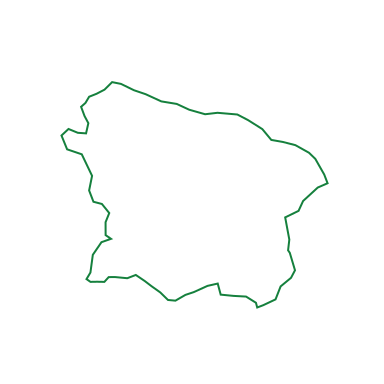 Trachypedoula, Paphos, Cyprus (Natural Earth projection), rotated 249°
{"feature_id": "46923920B82818287753128", "entity_name": "Trachypedoula", "entity_type": "district", "adm_level": 2, "iso_a3": "CYP", "parent_name": "Cyprus", "parent_adm1": "Paphos", "projection": "natural_earth1", "projection_center": [32.677, 34.797], "detail": "fine", "context": "isolated", "style": "outline", "palette": "green", "viewbox_px": 384, "rotation_deg": 249, "n_neighbors": 0, "source": "geoboundaries", "source_scale": "gbopen_adm2", "svg_char_len": 1069}
<svg xmlns="http://www.w3.org/2000/svg" viewBox="0 0 384 384"><g transform="rotate(249 192 192)"><path d="M148.5,62.3L144.5,65.0L142.2,71.3L139.5,78.0L142.4,83.7L140.2,89.6L134.7,100.7L134.7,109.8L125.8,116.0L118.5,120.5L109.6,126.4L99.8,130.9L96.5,137.6L98.3,149.0L97.9,157.8L98.8,172.8L97.3,183.2L85.9,182.0L80.1,193.6L75.0,205.0L65.7,212.0L60.8,211.5L60.8,218.0L61.8,231.5L72.1,240.9L76.4,253.7L82.0,260.1L100.2,261.5L103.1,260.8L112.7,265.8L134.9,269.9L136.2,284.7L143.8,292.5L151.1,311.0L151.6,321.7L160.9,321.7L178.7,319.0L186.7,315.3L198.7,305.3L206.2,294.7L212.2,284.7L225.5,280.2L238.9,270.2L248.1,262.1L256.8,244.2L259.9,232.1L269.8,218.9L279.7,209.3L287.6,195.8L299.9,183.8L307.8,174.3L318.4,164.4L323.2,156.8L318.9,147.0L317.9,138.1L317.8,130.1L313.3,124.4L311.3,119.0L301.4,118.9L293.4,119.9L284.7,114.1L288.2,106.6L295.1,99.3L291.5,90.4L276.6,90.7L266.7,102.6L242.9,104.5L230.3,96.5L218.2,96.5L213.1,103.6L202.0,107.2L194.8,100.5L182.7,95.9L177.3,99.6L177.6,89.5L168.9,76.9L153.2,68.3L148.5,62.3Z" fill="none" stroke="#15803d" stroke-width="2"/></g></svg>